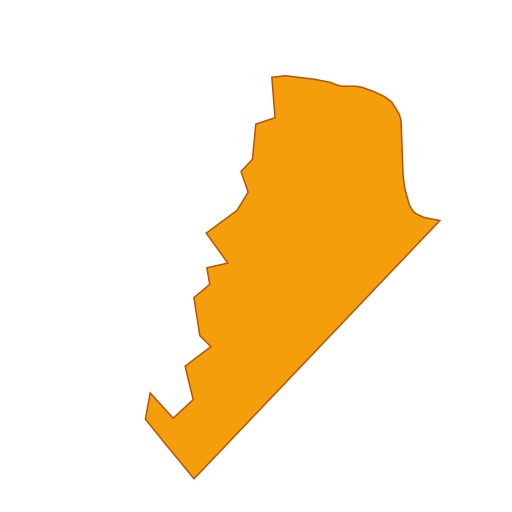 Ohio, Indiana, United States of America, rotated 313°
{"feature_id": "52423323B39120505326627", "entity_name": "Ohio", "entity_type": "district", "adm_level": 2, "iso_a3": "USA", "parent_name": "United States of America", "parent_adm1": "Indiana", "projection": "mercator", "projection_center": [-84.946, 38.966], "detail": "fine", "context": "isolated", "style": "filled", "palette": "amber", "viewbox_px": 512, "rotation_deg": 313, "n_neighbors": 0, "source": "geoboundaries", "source_scale": "gbopen_adm2", "svg_char_len": 669}
<svg xmlns="http://www.w3.org/2000/svg" viewBox="0 0 512 512"><g transform="rotate(313 256 256)"><path d="M56.8,317.8L50.8,362.6L407.3,366.3L398.8,352.7L396.4,345.3L395.8,340.7L397.8,333.5L407.1,318.4L415.1,308.8L454.1,269.6L457.5,263.6L461.2,250.2L460.1,240.8L456.4,229.5L451.6,218.4L448.0,212.9L438.4,202.7L435.3,196.5L434.1,192.6L425.3,178.5L415.2,164.6L407.9,154.6L397.5,145.7L370.1,175.6L352.4,165.9L324.2,187.5L307.6,187.4L297.3,206.8L276.3,211.0L238.8,204.0L231.6,240.2L213.9,228.1L203.7,241.5L183.2,239.0L159.4,269.3L158.9,284.8L127.1,279.3L108.1,308.0L80.9,306.0L83.7,272.0L61.2,286.4L56.8,317.8Z" fill="#f59e0b" stroke="#b45309" stroke-width="1.5"/></g></svg>